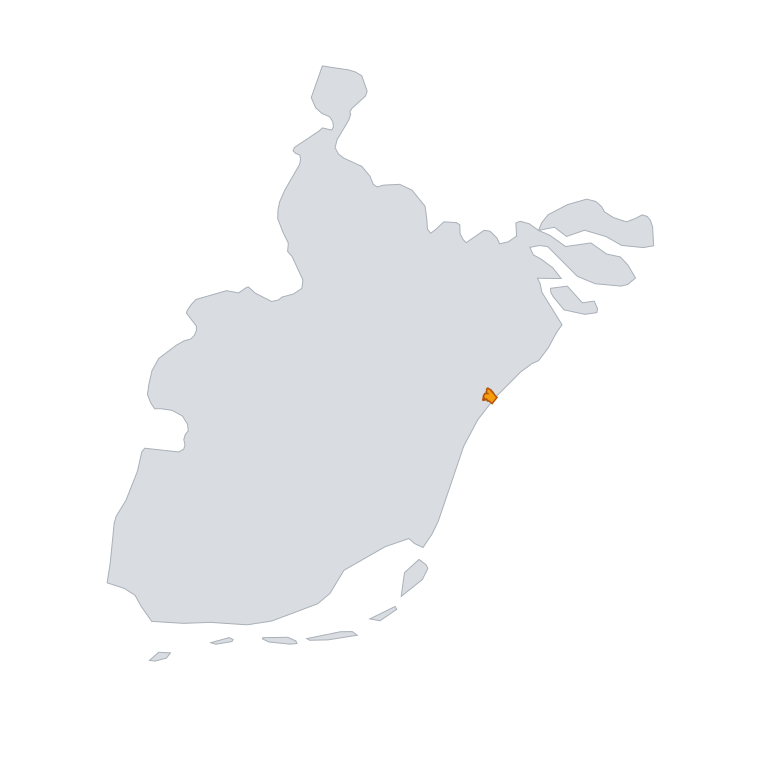 Katwijk, Zuid-Holland, Netherlands (highlighted), rotated 188°
{"feature_id": "6326949B10451218555657", "entity_name": "Katwijk", "entity_type": "district", "adm_level": 2, "iso_a3": "NLD", "parent_name": "Netherlands", "parent_adm1": "Zuid-Holland", "projection": "albers", "projection_center": [4.44, 52.19], "detail": "fine", "context": "in_parent", "style": "filled", "palette": "amber", "viewbox_px": 768, "rotation_deg": 188, "n_neighbors": 0, "source": "geoboundaries", "source_scale": "gbopen_adm2", "svg_char_len": 4795}
<svg xmlns="http://www.w3.org/2000/svg" viewBox="0 0 768 768"><g transform="rotate(188 384 384)"><path d="M489.3,690.4L475.7,690.2L462.9,690.1L456.1,689.1L448.9,686.1L445.5,679.5L441.4,671.5L442.4,666.6L454.1,652.5L455.8,648.7L454.5,646.6L455.6,640.5L464.4,619.6L465.4,611.3L461.2,605.5L455.3,602.1L436.1,596.3L426.8,587.8L422.5,580.3L418.3,578.2L412.0,580.9L396.3,583.9L383.4,579.9L368.1,565.8L364.5,553.0L362.5,543.2L358.7,539.8L353.7,544.9L347.3,552.9L334.6,553.9L331.0,552.1L330.3,547.7L329.6,543.5L326.1,538.3L322.3,535.4L306.3,550.1L300.3,550.1L292.7,544.5L289.0,538.9L280.7,542.1L273.3,548.9L275.8,561.8L271.8,564.1L262.6,562.9L252.3,557.6L240.7,554.4L223.2,545.4L198.7,552.5L181.8,543.7L167.7,542.7L159.0,535.7L149.7,524.0L156.5,516.5L163.0,513.9L188.8,512.7L207.5,517.5L241.1,542.9L249.6,542.7L258.6,539.6L254.1,532.7L245.6,529.4L233.1,522.6L223.2,513.1L246.7,510.1L243.4,505.2L240.4,496.8L215.9,467.4L220.1,459.6L226.4,442.6L234.2,428.6L240.3,424.8L250.4,414.9L272.3,385.7L286.1,361.8L296.4,333.5L311.2,255.5L315.5,242.3L322.6,227.5L331.6,230.3L337.9,234.4L360.0,223.2L397.7,194.0L408.5,168.9L419.2,157.1L462.1,133.7L485.9,126.5L522.7,123.8L549.2,119.1L581.0,116.6L593.7,130.2L601.1,140.1L612.7,145.4L630.5,148.6L630.2,168.8L631.8,208.6L630.8,215.7L623.4,232.8L616.0,263.3L614.4,283.2L612.0,287.1L577.9,288.1L573.2,291.7L572.6,296.0L574.5,301.1L573.8,306.2L571.3,310.4L573.0,316.9L579.1,324.2L590.1,328.4L601.7,328.5L607.6,327.5L612.2,332.6L616.8,340.7L616.8,351.1L615.6,365.0L610.6,378.0L595.2,393.4L588.2,398.8L581.6,401.7L578.6,405.7L577.2,410.7L577.7,415.1L589.4,426.6L589.2,429.3L586.1,435.6L581.9,441.6L552.9,454.5L540.8,453.9L534.0,460.1L531.9,461.3L524.1,456.0L506.8,450.1L500.4,452.4L496.9,456.0L486.2,460.5L478.6,467.3L478.8,475.8L492.9,497.6L497.9,501.8L498.3,510.1L505.2,520.3L512.3,533.1L513.2,541.4L512.7,549.7L509.4,561.7L498.1,589.7L498.0,595.0L499.1,599.0L503.3,600.0L506.5,602.1L505.6,605.8L483.5,625.5L480.7,629.0L471.2,628.2L469.8,631.4L471.2,636.6L475.0,641.1L483.1,643.3L490.1,648.0L495.9,657.5L489.3,690.4ZM252.3,557.6L250.3,565.6L245.1,574.4L227.4,587.1L209.0,595.3L199.6,594.2L193.1,589.8L189.7,585.2L179.9,580.7L166.4,578.3L158.0,583.0L151.9,587.4L146.7,586.6L142.8,582.8L139.9,576.9L136.2,558.4L146.2,555.2L167.9,554.3L184.7,560.9L206.8,564.2L223.8,555.5L237.0,563.0L252.3,557.6ZM216.1,482.5L228.8,494.2L231.5,497.9L232.5,501.9L216.1,506.4L198.9,492.0L187.4,495.3L183.1,488.5L183.1,484.3L195.0,480.9L216.1,482.5ZM337.5,200.0L324.9,215.1L317.2,210.9L314.9,207.5L318.8,195.7L337.4,176.1L337.5,200.0ZM392.7,132.6L381.0,134.4L375.6,131.5L403.9,122.8L421.9,119.9L425.1,121.1L392.7,132.6ZM468.8,115.9L444.0,119.8L435.5,117.3L434.1,114.9L440.8,113.3L462.1,112.5L468.7,114.6L468.8,115.9ZM365.4,149.4L342.1,165.2L340.0,162.7L355.0,149.0L365.4,149.4ZM569.8,87.0L558.1,88.0L561.3,82.3L572.0,77.8L577.8,77.6L569.8,87.0ZM519.6,103.7L502.1,111.3L497.8,109.9L498.8,107.8L514.2,102.9L519.6,103.7Z" fill="#d9dde1" stroke="#a8b0b8" stroke-width="1"/><path d="M280.6,394.4L281.1,393.9L281.7,393.0L281.6,392.9L281.5,392.7L281.4,392.4L281.3,392.2L281.3,391.9L281.3,391.6L281.3,391.4L281.4,391.2L281.5,391.0L281.6,390.9L281.7,390.7L281.7,390.4L281.7,390.2L281.7,389.9L281.6,389.7L281.4,389.6L281.3,389.4L281.2,389.4L280.6,389.3L280.3,389.2L280.1,389.2L279.9,389.0L280.0,389.0L280.2,388.9L280.3,388.9L280.5,388.9L280.6,389.0L281.0,388.9L281.7,388.7L281.8,388.7L282.0,388.6L282.5,388.5L282.9,388.5L283.0,388.5L282.9,388.5L283.0,388.5L283.5,387.0L283.6,386.5L283.5,386.4L283.7,386.2L283.8,386.1L284.0,385.8L284.0,385.6L283.9,385.5L283.7,385.5L283.4,385.6L283.5,385.5L283.5,385.4L283.6,385.2L283.6,384.9L283.4,384.7L283.2,384.5L283.3,384.5L283.3,384.4L283.5,384.3L283.3,384.1L282.9,383.7L282.6,383.5L282.7,383.4L282.8,383.4L283.0,383.3L283.0,383.2L283.2,382.9L283.3,382.9L283.5,382.8L283.5,382.7L283.6,382.4L283.8,382.3L283.9,382.2L284.0,382.3L284.0,382.2L283.9,381.9L283.7,381.7L283.4,381.7L283.2,381.7L283.2,381.8L282.8,381.9L282.7,382.0L282.4,382.2L282.3,382.3L282.2,382.3L282.1,382.5L281.9,382.5L281.8,382.4L281.7,382.3L281.6,382.5L281.4,382.6L281.2,382.9L281.2,383.0L280.9,383.1L280.7,383.3L280.4,383.3L280.4,383.2L280.2,382.9L280.2,382.7L279.9,382.5L279.9,382.4L279.7,382.1L279.2,382.4L278.7,381.5L278.4,381.7L278.4,381.8L278.2,381.8L277.9,381.9L274.2,379.6L270.2,386.5L272.0,387.7L272.1,387.8L274.3,390.1L274.4,390.3L274.5,390.3L274.8,390.4L274.8,390.5L275.0,390.6L275.1,390.8L275.2,391.0L275.3,390.9L275.4,391.1L275.9,391.7L276.0,391.8L276.6,391.5L276.7,391.8L276.7,392.0L276.8,392.2L276.8,392.3L276.8,392.5L277.0,392.7L277.2,392.8L277.3,392.9L277.3,393.0L277.5,393.0L277.8,393.1L278.3,393.3L278.7,393.6L278.8,393.6L279.3,393.8L279.5,393.8L279.8,394.0L280.0,394.1L280.3,394.2L280.4,394.3L280.5,394.3L280.6,394.4Z" fill="#f59e0b" stroke="#b45309" stroke-width="1.5"/></g></svg>